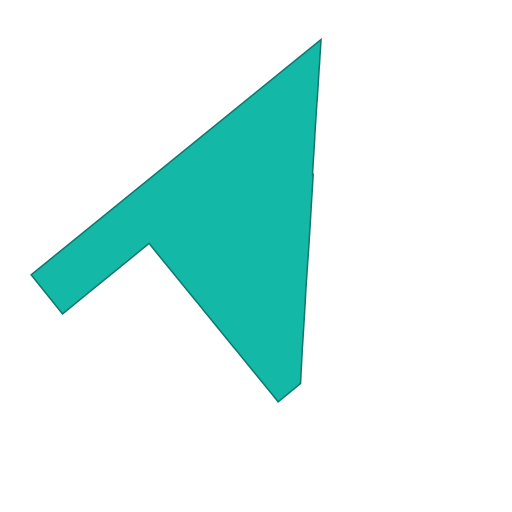 the district of 12 de Octubre, Chaco, Argentina, rotated 51°
{"feature_id": "61730980B24915383692166", "entity_name": "12 de Octubre", "entity_type": "district", "adm_level": 2, "iso_a3": "ARG", "parent_name": "Argentina", "parent_adm1": "Chaco", "projection": "equal_earth", "projection_center": [-61.395, -27.324], "detail": "fine", "context": "isolated", "style": "filled", "palette": "teal", "viewbox_px": 512, "rotation_deg": 51, "n_neighbors": 0, "source": "geoboundaries", "source_scale": "gbopen_adm2", "svg_char_len": 870}
<svg xmlns="http://www.w3.org/2000/svg" viewBox="0 0 512 512"><g transform="rotate(51 256 256)"><path d="M179.3,442.8L179.3,442.5L179.1,409.9L179.1,405.2L179.0,346.3L178.9,331.2L185.9,331.2L195.5,331.2L196.2,331.2L199.0,331.2L219.6,331.1L252.3,331.0L257.1,330.9L262.5,330.9L264.4,331.0L265.1,331.0L271.7,330.9L286.3,330.9L288.0,330.9L314.1,330.8L315.6,330.7L331.3,330.7L335.2,330.7L374.0,330.5L383.3,330.6L383.3,329.7L383.1,301.6L380.5,299.3L360.3,281.1L357.4,278.6L354.6,275.9L332.7,255.8L317.2,241.7L314.3,239.1L312.3,237.3L286.8,213.6L285.7,212.6L284.9,211.8L269.5,197.6L245.7,175.9L242.9,173.3L228.6,160.2L228.2,160.8L209.9,144.0L202.3,137.0L199.4,134.5L176.3,113.2L170.6,107.8L167.0,104.5L149.6,88.5L147.1,86.1L140.7,80.3L136.1,76.0L130.3,70.7L128.7,69.2L128.7,82.1L128.7,96.1L129.1,442.6L179.3,442.8Z" fill="#14b8a6" stroke="#0f766e" stroke-width="1.5"/></g></svg>